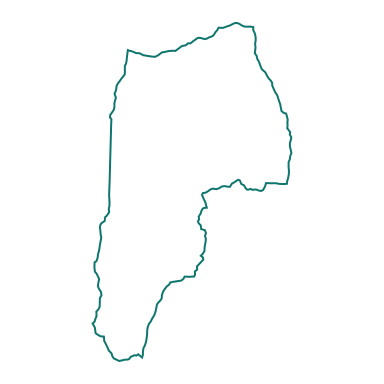 the district of Andradina, São Paulo, Brazil
{"feature_id": "56859067B92284458122912", "entity_name": "Andradina", "entity_type": "district", "adm_level": 2, "iso_a3": "BRA", "parent_name": "Brazil", "parent_adm1": "São Paulo", "projection": "equal_earth", "projection_center": [-51.316, -20.865], "detail": "fine", "context": "isolated", "style": "outline", "palette": "teal", "viewbox_px": 384, "rotation_deg": 0, "n_neighbors": 0, "source": "geoboundaries", "source_scale": "gbopen_adm2", "svg_char_len": 3586}
<svg xmlns="http://www.w3.org/2000/svg" viewBox="0 0 384 384"><path d="M286.9,183.8L287.2,181.1L288.2,177.7L288.9,173.8L288.9,169.9L288.6,167.3L288.6,164.8L288.6,162.1L289.8,159.4L290.3,155.9L291.4,152.9L290.7,149.7L289.9,146.4L289.9,143.0L290.9,139.7L291.3,137.3L289.8,134.4L290.2,132.2L288.6,130.0L287.2,128.2L287.6,125.7L287.4,122.7L287.7,119.8L287.1,117.0L286.1,113.6L283.6,112.8L281.5,111.0L280.9,108.1L280.3,104.6L279.3,101.7L278.4,99.1L277.8,96.9L277.0,94.9L275.2,92.2L273.5,88.5L272.2,85.4L272.2,82.9L270.6,80.4L268.9,78.7L267.3,76.2L265.3,72.3L261.9,69.3L260.8,67.0L259.8,63.9L258.4,60.7L257.3,59.0L256.7,56.0L254.8,53.2L255.2,50.3L255.5,47.3L255.1,43.8L255.7,40.2L255.6,37.0L254.9,33.6L253.2,29.9L253.3,27.1L250.3,26.6L247.1,26.7L244.5,26.6L241.7,25.4L239.6,24.0L237.5,23.1L235.5,23.0L233.5,23.6L229.1,25.9L227.3,26.3L225.0,27.2L222.7,27.9L218.6,27.7L217.4,29.9L215.2,32.5L213.9,34.8L212.5,36.1L210.6,36.9L208.8,37.5L206.5,38.8L204.2,39.0L200.8,38.0L198.0,37.8L196.2,39.0L192.9,41.4L190.6,43.3L187.9,43.3L186.0,45.2L181.8,46.1L178.8,48.4L175.4,50.9L173.7,50.8L171.9,50.8L170.3,50.9L168.5,51.1L164.1,52.1L161.9,52.4L158.1,55.3L155.1,56.8L152.0,56.6L143.2,55.2L141.4,54.2L139.3,53.2L136.1,53.1L132.3,51.4L129.7,50.8L127.9,50.1L127.5,52.6L127.1,55.8L126.8,58.5L126.5,61.4L125.9,63.9L124.8,66.0L124.9,71.0L124.7,74.5L123.2,76.5L121.2,78.9L119.6,81.3L117.9,83.4L116.5,86.2L116.3,88.5L115.7,91.2L114.5,93.8L115.9,97.6L114.4,103.0L114.4,107.2L113.8,109.8L111.8,112.8L110.2,115.0L110.0,117.5L111.4,119.1L111.2,123.4L110.7,141.5L109.6,182.2L109.2,192.2L109.1,194.6L109.3,197.9L109.5,201.7L109.5,205.4L108.8,208.9L109.1,212.3L106.7,215.8L105.2,217.1L104.6,221.1L101.4,223.2L100.2,225.3L99.9,227.6L100.3,230.0L100.6,234.1L101.3,237.6L100.5,241.6L99.7,246.2L99.2,250.0L98.5,252.4L97.9,255.1L97.6,257.9L96.3,261.3L94.6,262.3L94.4,267.2L94.9,271.6L96.7,273.8L99.1,278.9L98.2,283.9L97.9,286.2L98.9,288.6L101.0,292.0L101.5,295.4L99.9,298.0L99.7,306.6L98.5,309.3L96.4,311.5L96.5,316.3L95.4,318.8L94.5,321.8L92.6,323.4L93.9,325.7L94.9,327.8L95.6,333.2L98.0,334.9L100.5,336.3L103.9,336.6L104.2,340.9L105.6,343.5L107.4,347.2L108.8,350.6L111.5,353.3L112.4,356.4L113.9,358.5L116.6,359.7L119.0,361.0L125.4,359.6L127.4,359.6L129.1,359.1L130.8,356.7L132.7,356.1L134.4,355.2L136.3,355.6L138.2,354.3L142.1,357.5L142.9,354.8L142.9,351.7L143.5,348.0L144.8,345.6L145.9,342.3L146.5,339.1L147.1,334.4L147.2,330.6L147.7,327.2L149.0,323.8L150.7,321.6L152.1,318.7L154.2,315.3L155.5,311.7L156.3,308.0L156.9,304.7L158.1,302.8L160.3,300.5L161.7,298.4L161.9,295.3L163.0,291.9L164.1,289.9L166.6,286.6L168.9,284.8L170.4,282.4L173.3,281.8L179.3,280.9L181.2,280.6L183.4,278.9L184.6,276.6L189.2,276.8L194.2,276.5L195.0,274.5L194.9,271.4L197.2,269.6L196.9,266.4L200.4,262.8L201.8,261.2L203.3,259.6L202.9,257.4L200.8,255.8L202.6,254.0L204.4,251.2L204.7,246.7L205.7,241.3L205.8,238.6L205.0,235.8L206.0,233.1L204.8,230.1L201.2,229.1L200.7,225.3L198.6,223.2L198.0,221.1L199.1,219.4L198.7,216.7L200.7,213.4L201.5,210.8L202.7,208.6L204.2,207.9L206.8,207.7L206.0,205.0L205.5,202.7L203.5,198.5L202.0,194.9L203.0,193.0L205.5,192.7L208.0,191.3L209.5,190.1L211.1,189.1L213.2,188.6L216.1,189.2L218.8,188.4L221.8,186.5L224.4,186.1L227.9,186.7L229.9,186.8L232.0,183.5L234.2,182.4L235.8,181.2L238.1,179.8L239.8,180.4L241.3,184.0L244.0,185.3L245.6,188.2L247.0,189.6L248.6,189.6L250.7,188.9L252.5,189.9L254.2,189.5L256.0,189.5L258.5,190.4L260.9,191.0L263.0,190.1L265.2,186.2L265.9,183.2L268.0,183.1L271.1,183.3L273.4,183.2L276.7,183.3L278.6,183.8L281.4,184.0L284.4,184.0L286.9,183.8Z" fill="none" stroke="#0f766e" stroke-width="2"/></svg>